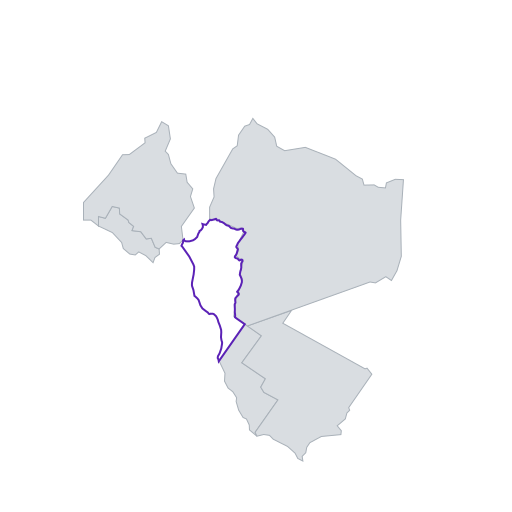 Morocco highlighted among its neighbors, rotated 305°
{"feature_id": "MAR", "entity_name": "Morocco", "entity_type": "country or territory", "adm_level": 0, "iso_a3": "MAR", "parent_name": "Africa", "parent_adm1": "", "projection": "mercator", "projection_center": [-5.43, 31.798], "detail": "fine", "context": "with_neighbors", "style": "outline", "palette": "violet", "viewbox_px": 512, "rotation_deg": 305, "n_neighbors": 5, "source": "natural_earth", "source_scale": "50m", "svg_char_len": 4838}
<svg xmlns="http://www.w3.org/2000/svg" viewBox="0 0 512 512"><g transform="rotate(305 256 256)"><path d="M193.9,285.9L193.7,306.2L160.4,305.6L160.8,334.1L151.3,335.1L148.8,340.7L150.7,356.5L111.1,356.4L108.9,360.1L109.8,350.4L113.7,347.4L117.0,341.7L116.3,338.0L119.8,330.2L125.4,323.2L128.8,321.4L131.5,314.9L131.8,308.9L135.4,302.0L142.2,297.8L148.9,285.9L193.9,285.9Z" fill="#d9dde1" stroke="#a8b0b8" stroke-width="1"/><path d="M108.9,360.1L111.1,356.4L150.7,356.5L148.8,340.7L151.3,335.1L160.8,334.1L160.4,305.6L193.7,306.2L193.7,289.0L231.8,316.3L216.3,316.5L226.1,410.0L227.8,411.3L225.6,418.7L184.9,418.9L183.4,421.2L179.5,420.5L173.8,422.6L163.5,419.9L161.8,426.1L158.4,428.0L145.6,413.0L134.0,407.2L128.4,407.3L123.4,409.6L118.4,408.7L114.9,412.0L114.1,406.4L116.9,401.1L118.1,391.1L115.8,375.2L116.8,369.9L114.2,364.7L108.9,360.1Z" fill="#d9dde1" stroke="#a8b0b8" stroke-width="1"/><path d="M193.7,289.0L193.8,272.4L210.2,263.8L228.6,258.9L232.4,253.1L244.3,248.4L244.7,239.6L250.6,238.6L255.1,234.2L268.4,232.2L270.3,227.5L267.6,224.9L263.5,204.7L259.7,196.8L269.4,190.0L280.3,187.8L286.7,182.7L296.5,178.8L330.4,175.5L335.5,177.4L345.0,172.4L355.9,172.3L360.0,175.3L366.9,174.5L364.9,181.0L366.5,192.9L364.1,203.1L357.8,210.0L358.7,219.1L373.3,234.1L380.9,265.6L379.1,291.9L380.0,299.0L376.0,303.8L382.0,312.0L382.4,316.7L386.0,323.0L390.7,320.9L398.7,326.1L403.1,333.0L368.4,353.9L339.1,375.2L324.8,379.9L313.6,381.0L313.5,374.2L302.5,369.3L300.1,364.3L193.7,289.0Z" fill="#d9dde1" stroke="#a8b0b8" stroke-width="1"/><path d="M190.2,109.8L198.0,104.3L200.5,111.0L214.1,109.8L216.9,116.6L212.3,120.2L212.1,130.6L210.5,132.6L210.1,138.8L205.7,139.9L209.8,147.7L207.0,156.3L210.5,160.1L205.3,168.4L206.2,172.6L202.1,175.9L196.8,174.1L191.5,175.5L193.1,165.5L192.1,157.6L187.6,156.5L185.2,151.5L186.0,143.0L190.0,138.2L192.8,124.9L190.2,109.8Z" fill="#d9dde1" stroke="#a8b0b8" stroke-width="1"/><path d="M206.2,172.6L205.3,168.4L210.5,160.1L207.0,156.3L209.8,147.7L205.7,139.9L210.1,138.8L210.5,132.6L212.1,130.6L212.3,120.2L216.9,116.6L214.1,109.8L200.5,111.0L198.0,104.3L190.2,109.8L190.7,100.1L186.5,94.1L200.9,84.0L237.6,88.8L262.4,88.6L266.4,94.0L285.1,100.2L288.7,97.3L300.1,103.5L311.9,101.7L312.4,109.6L302.8,118.7L289.8,121.5L288.9,126.0L282.7,133.4L278.8,144.1L282.8,151.5L276.9,157.3L274.7,165.7L267.1,168.2L259.9,178.0L237.4,177.9L227.2,187.1L222.2,186.1L218.5,181.8L215.6,174.6L206.2,172.6Z" fill="#d9dde1" stroke="#a8b0b8" stroke-width="1"/><path d="M149.6,284.7L150.5,283.1L152.1,282.3L155.4,282.0L160.3,280.6L164.7,278.5L165.9,277.7L167.2,276.0L169.4,273.9L173.6,271.3L175.5,269.8L178.3,266.2L180.3,263.1L181.9,261.2L183.0,259.4L183.8,257.7L184.2,254.8L183.9,253.7L182.7,251.9L181.9,251.4L181.6,250.5L182.1,249.0L182.1,246.4L182.3,242.2L183.7,238.8L187.0,234.3L187.6,232.4L188.0,229.5L188.0,228.5L192.2,224.3L194.6,221.0L195.4,220.2L197.6,218.8L205.1,215.5L209.3,213.2L211.8,211.5L213.2,209.5L217.3,201.6L221.3,190.4L221.6,189.1L223.4,188.7L224.7,188.6L225.7,188.2L227.0,187.3L228.2,187.6L227.6,188.2L227.6,189.6L228.5,191.2L229.9,193.1L232.7,195.4L234.8,196.3L237.8,196.9L241.3,195.9L243.3,195.8L244.2,195.4L245.3,196.0L247.3,196.2L249.2,195.9L250.6,194.9L251.5,193.8L251.7,194.4L251.7,195.0L252.0,195.3L252.6,196.7L252.9,197.3L254.0,197.2L254.9,197.5L257.1,197.3L259.2,197.6L259.5,198.5L260.1,199.2L262.2,200.9L263.5,201.9L263.5,202.3L263.1,203.1L262.9,203.7L263.2,204.3L264.0,205.1L264.1,205.4L263.9,205.9L263.5,206.7L264.4,209.0L264.5,211.3L264.3,212.9L264.3,213.8L264.4,214.6L265.1,216.4L264.6,219.4L265.2,221.1L265.9,222.4L266.3,224.8L267.0,225.9L267.9,226.9L268.5,227.2L269.6,228.0L270.4,228.7L270.8,229.7L269.9,230.5L269.1,231.3L268.9,232.1L269.2,233.3L269.2,234.0L268.7,234.2L266.7,234.2L265.1,234.1L263.2,234.1L260.6,233.9L259.0,233.9L256.8,233.8L256.1,233.8L254.1,234.2L252.6,234.4L252.4,234.5L252.0,234.8L251.7,235.7L251.4,236.8L251.1,237.3L246.8,238.8L245.1,239.0L244.2,238.9L243.5,239.0L242.9,239.3L242.7,239.8L242.7,240.5L242.8,241.1L243.2,242.0L243.3,242.9L243.0,243.5L242.9,244.2L242.8,244.8L243.0,245.2L243.5,245.3L243.9,245.6L244.5,245.9L244.9,246.4L244.9,247.2L244.5,247.6L244.2,247.8L242.6,248.0L241.3,248.2L239.6,249.4L237.9,250.7L235.8,251.6L234.9,251.8L233.3,252.5L231.3,253.5L230.4,255.1L229.2,257.0L228.0,258.3L226.5,259.4L225.0,259.9L223.2,260.5L220.8,260.9L219.2,261.1L218.7,261.1L217.3,261.2L216.6,261.1L216.0,261.0L215.8,261.2L215.7,261.5L215.7,262.1L215.6,262.9L215.2,263.6L214.8,263.8L214.4,264.0L213.2,263.8L212.2,263.6L209.8,263.3L209.3,263.4L209.1,263.5L208.4,263.9L207.2,264.8L206.4,265.6L205.8,266.0L204.4,266.2L203.8,266.5L201.2,268.5L200.6,269.0L197.9,270.8L197.2,271.4L196.6,272.0L195.0,273.3L193.9,273.8L193.8,274.2L193.7,275.0L193.7,276.7L193.7,278.4L193.7,280.8L193.7,283.2L193.7,285.9L148.4,285.9L149.6,284.7Z" fill="none" stroke="#5b21b6" stroke-width="2"/></g></svg>